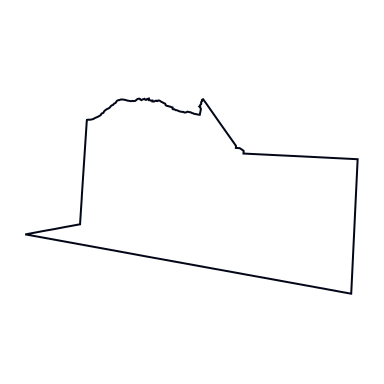 the district of Rivadavia, Córdoba, Argentina, rotated 93°
{"feature_id": "61730980B21057051979490", "entity_name": "Rivadavia", "entity_type": "district", "adm_level": 2, "iso_a3": "ARG", "parent_name": "Argentina", "parent_adm1": "Córdoba", "projection": "equal_earth", "projection_center": [-62.507, -30.072], "detail": "fine", "context": "isolated", "style": "outline", "palette": "ink", "viewbox_px": 384, "rotation_deg": 93, "n_neighbors": 0, "source": "geoboundaries", "source_scale": "gbopen_adm2", "svg_char_len": 2837}
<svg xmlns="http://www.w3.org/2000/svg" viewBox="0 0 384 384"><g transform="rotate(93 192 192)"><path d="M243.1,356.3L243.3,354.3L256.9,248.4L258.7,234.8L262.7,203.4L266.7,172.2L267.0,169.8L271.7,133.1L276.4,96.2L277.9,84.5L279.4,72.8L282.6,48.0L284.3,35.1L284.5,33.3L284.9,30.4L285.2,27.7L282.4,27.7L279.7,27.7L150.6,28.3L150.7,84.4L150.8,110.4L150.9,142.6L149.5,142.6L148.2,142.6L146.9,144.6L145.7,146.7L145.7,147.1L145.7,150.5L143.6,150.5L122.8,166.9L112.3,175.1L101.9,183.2L100.6,184.3L98.8,185.7L98.9,186.1L99.2,186.5L99.6,186.9L100.3,186.8L100.9,186.8L101.0,187.1L101.9,187.6L102.4,187.5L102.6,187.5L102.9,187.4L103.2,187.4L103.8,187.5L104.2,188.1L104.8,188.3L105.5,188.7L106.1,188.3L106.5,188.5L106.6,188.8L106.9,188.4L107.3,188.2L107.8,187.9L108.1,187.6L108.7,187.5L109.9,187.6L114.5,188.3L114.4,189.2L114.4,189.8L114.3,190.5L114.2,191.1L114.1,191.6L114.0,192.3L113.9,192.9L113.9,193.7L113.7,194.3L113.4,194.8L113.2,196.0L112.9,196.6L112.4,197.8L112.4,198.5L112.4,198.9L112.3,199.4L112.0,200.4L112.1,200.9L112.6,201.7L112.8,202.2L113.0,203.3L113.0,203.9L112.5,204.6L112.5,205.9L112.5,206.5L112.0,209.2L111.5,210.4L111.1,211.5L111.1,212.6L110.3,214.0L110.4,214.7L110.2,215.6L109.7,215.8L109.3,215.7L108.6,215.8L108.5,216.4L108.2,217.5L108.0,217.8L107.8,219.3L107.6,219.7L107.4,220.5L107.4,221.0L107.2,221.8L106.7,222.8L106.3,222.9L105.9,223.0L105.1,223.6L104.9,224.4L103.8,226.6L103.7,227.1L103.4,227.6L102.9,228.5L102.5,229.1L102.3,229.8L102.4,230.5L102.6,230.7L103.0,231.2L103.0,232.1L102.7,232.3L102.7,232.8L103.6,234.7L103.7,235.1L103.5,235.7L103.6,236.1L103.1,236.1L102.7,236.2L102.7,236.8L103.0,237.3L102.8,238.1L102.5,238.8L102.6,239.9L102.4,240.2L101.9,240.1L101.7,239.9L101.4,239.8L100.9,239.9L101.0,240.4L101.6,241.9L102.4,242.7L102.3,243.5L101.4,244.3L101.9,245.3L101.9,245.6L102.3,246.5L102.6,246.9L102.9,247.4L102.4,248.2L102.3,248.6L101.7,248.9L101.6,249.2L101.7,250.4L102.0,251.3L102.6,252.0L103.0,252.3L103.4,252.9L103.9,253.3L104.3,255.1L104.1,256.2L104.4,257.2L104.5,258.1L104.2,260.0L104.2,260.9L104.0,261.6L103.8,262.4L103.6,263.1L103.5,264.0L103.4,264.7L103.3,265.5L103.3,266.6L103.3,267.6L103.6,268.5L104.0,269.4L104.2,270.4L104.6,271.3L105.1,271.9L105.7,272.3L106.7,272.7L107.3,273.4L107.7,274.2L108.4,274.9L109.2,275.4L109.5,276.2L109.9,276.9L110.8,277.8L111.5,278.2L112.1,278.7L112.6,279.3L113.1,280.1L113.3,280.6L113.8,281.5L114.5,282.4L115.2,283.2L115.7,283.7L116.4,284.2L117.2,284.4L117.8,284.9L118.1,285.8L118.5,286.5L119.4,286.9L119.7,287.0L120.3,287.6L121.1,288.7L121.5,289.5L122.1,290.5L123.2,292.8L124.3,294.4L124.3,294.5L124.9,296.3L125.2,298.0L125.2,299.3L125.5,300.7L127.0,300.8L185.7,301.6L201.0,301.8L205.0,301.8L212.5,301.9L229.2,302.1L230.1,302.1L232.1,310.5L234.0,318.5L236.3,327.8L238.2,336.1L239.1,339.9L240.5,345.6L243.1,356.3Z" fill="none" stroke="#020617" stroke-width="2"/></g></svg>